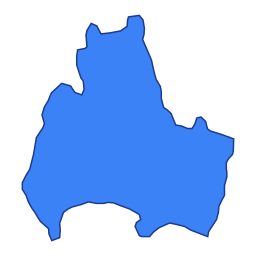 Gyeongju-si, North Gyeongsang, South Korea (Equal Earth projection)
{"feature_id": "91817680B5353031397212", "entity_name": "Gyeongju-si", "entity_type": "district", "adm_level": 2, "iso_a3": "KOR", "parent_name": "South Korea", "parent_adm1": "North Gyeongsang", "projection": "equal_earth", "projection_center": [129.238, 35.854], "detail": "fine", "context": "isolated", "style": "filled", "palette": "blue", "viewbox_px": 256, "rotation_deg": 0, "n_neighbors": 0, "source": "geoboundaries", "source_scale": "gbopen_adm2", "svg_char_len": 1451}
<svg xmlns="http://www.w3.org/2000/svg" viewBox="0 0 256 256"><path d="M91.2,23.4L87.0,30.4L86.0,34.9L86.5,41.4L87.0,46.9L85.1,48.4L77.6,49.9L76.7,56.4L76.7,64.9L80.9,77.9L83.2,80.9L84.1,89.4L81.8,94.9L74.8,92.4L70.6,85.9L61.7,83.4L51.4,92.9L48.1,100.9L44.4,106.9L42.0,115.0L44.4,123.5L43.0,127.5L37.7,135.6L36.4,137.5L33.6,154.1L29.8,169.2L26.1,175.2L22.3,182.8L22.3,189.3L26.1,195.3L28.4,201.9L31.7,207.9L34.9,212.4L38.2,218.0L40.5,221.5L48.5,228.6L49.0,234.1L51.8,240.6L59.7,237.6L60.2,230.1L59.7,223.0L63.5,212.4L68.2,208.9L72.4,206.9L81.7,204.4L88.3,201.9L96.7,203.4L103.7,203.4L108.0,202.4L113.6,202.9L121.1,205.9L129.5,208.9L139.3,214.5L140.7,219.5L136.5,222.5L135.1,226.5L139.3,235.6L142.1,236.6L149.6,236.6L153.4,232.1L159.4,227.5L169.7,223.0L176.8,224.5L184.7,226.5L190.8,230.1L207.7,236.6L208.6,231.6L216.5,219.5L218.4,212.4L218.9,206.4L221.7,200.4L224.5,195.3L224.5,189.3L224.5,185.3L226.8,177.2L226.8,172.2L226.3,168.2L226.3,162.7L228.6,158.6L232.4,154.6L233.3,151.1L233.7,138.9L221.6,134.5L210.4,131.0L207.6,129.0L206.6,125.5L205.7,121.5L201.0,117.0L196.8,118.0L194.9,124.0L192.1,128.5L187.5,128.5L181.4,126.0L175.8,125.0L173.9,120.5L171.1,113.5L167.3,110.0L163.6,107.4L161.3,98.4L161.3,91.4L160.3,86.4L156.1,79.4L154.2,72.4L151.4,59.9L142.6,39.4L144.0,34.4L144.4,28.4L143.0,19.9L139.3,15.4L128.5,16.9L127.6,19.9L127.1,26.4L120.6,30.9L109.9,32.9L101.0,33.9L96.8,25.9L91.2,23.4Z" fill="#3b82f6" stroke="#1e3a8a" stroke-width="1.5"/></svg>